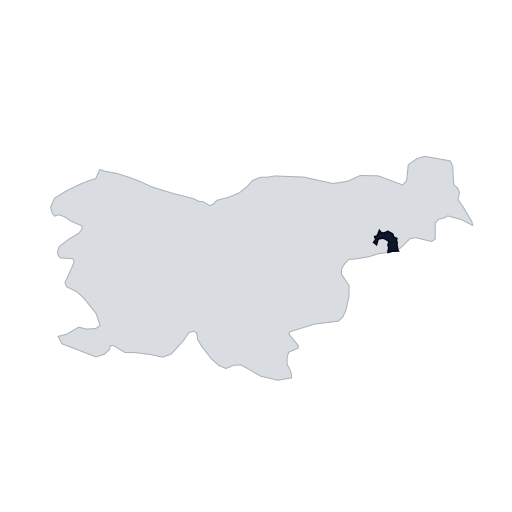 Videm on a map of Slovenia (Natural Earth projection), rotated 8°
{"feature_id": "SVN-222", "entity_name": "Videm", "entity_type": "Municipality", "adm_level": 1, "iso_a3": "SVN", "parent_name": "Slovenia", "parent_adm1": "", "projection": "natural_earth1", "projection_center": [15.9, 46.335], "detail": "fine", "context": "in_parent", "style": "filled", "palette": "ink", "viewbox_px": 512, "rotation_deg": 8, "n_neighbors": 0, "source": "natural_earth", "source_scale": "10m", "svg_char_len": 2563}
<svg xmlns="http://www.w3.org/2000/svg" viewBox="0 0 512 512"><g transform="rotate(8 256 256)"><path d="M466.3,195.6L454.4,191.4L440.2,189.6L437.5,191.9L431.8,194.2L428.9,198.3L431.1,214.4L427.7,217.2L411.5,215.6L406.1,217.4L397.3,228.7L388.3,233.4L376.8,236.8L368.3,240.8L357.5,244.4L348.4,246.5L344.8,251.4L342.6,256.8L343.1,262.1L352.4,272.4L353.7,283.5L352.6,297.0L350.5,304.2L346.8,309.0L323.9,315.2L300.0,326.3L299.5,328.8L310.3,338.7L310.7,341.2L301.7,346.8L300.9,352.4L301.9,358.9L306.6,365.6L308.3,371.6L295.2,376.0L277.5,374.4L256.5,366.0L249.2,367.3L242.0,371.6L234.8,369.7L226.8,364.6L215.5,353.8L210.1,347.2L207.8,340.2L204.8,339.2L200.1,341.2L196.1,349.8L185.6,365.0L177.8,369.2L166.1,368.3L149.7,368.5L139.5,369.8L127.1,364.4L124.0,365.4L124.0,369.0L119.3,374.6L111.6,378.2L76.2,370.0L71.2,363.1L79.3,359.9L90.4,351.1L98.0,352.0L107.3,350.2L111.3,346.4L105.6,335.2L91.0,321.4L83.2,316.2L72.5,312.7L70.6,309.0L76.8,287.2L75.0,284.1L62.8,285.2L59.9,282.9L58.9,279.1L59.8,274.0L68.2,265.5L77.4,258.0L79.9,253.8L79.6,250.5L67.9,247.2L60.8,243.8L55.2,242.6L51.3,244.5L48.5,242.4L45.7,236.1L48.6,226.6L59.3,217.8L70.8,210.0L80.7,204.3L86.4,201.9L89.2,192.1L95.1,193.1L106.8,193.6L119.8,195.8L132.0,198.6L142.7,202.0L165.1,205.6L185.5,207.8L191.7,209.8L196.7,209.7L202.9,212.6L206.6,210.4L209.3,206.4L220.4,201.8L230.7,195.7L237.9,188.0L242.0,181.8L249.1,177.5L256.6,176.3L263.5,174.1L292.4,171.2L322.1,173.5L336.3,169.2L348.0,161.8L365.1,159.7L366.0,159.6L391.5,165.3L393.5,162.0L394.6,160.5L394.1,144.3L402.1,136.9L409.6,133.8L435.1,134.8L438.4,139.8L439.7,147.5L442.0,157.8L446.3,160.7L448.6,164.8L448.2,171.9L453.2,177.3L464.9,191.8L466.3,195.6Z" fill="#d9dde1" stroke="#a8b0b8" stroke-width="1"/><path d="M396.4,231.2L394.8,231.6L390.3,232.3L386.3,234.2L386.0,232.5L386.0,232.2L386.1,231.8L386.3,231.6L386.2,231.1L386.2,230.6L386.3,230.2L386.3,229.7L386.2,229.2L385.7,228.1L385.4,227.6L385.2,227.0L385.1,226.3L385.2,225.7L385.5,225.3L385.6,224.9L385.6,224.1L385.5,223.7L385.2,223.1L384.6,222.6L383.9,222.2L381.6,221.3L381.1,221.0L379.6,220.8L379.1,220.8L378.4,221.0L377.6,221.2L376.6,221.5L376.0,221.6L375.4,221.9L374.7,222.9L374.2,223.8L374.3,224.9L373.8,228.1L370.5,226.1L372.2,223.0L372.0,222.4L371.6,221.9L370.7,220.2L372.9,219.5L373.2,218.3L373.7,217.4L374.6,213.4L377.1,215.6L379.7,215.3L383.3,213.1L384.3,213.6L387.6,214.8L388.5,215.4L388.7,215.8L389.5,217.7L390.7,218.4L393.1,219.0L392.8,221.2L393.3,221.7L393.6,222.4L394.0,223.5L393.9,224.9L395.7,230.4L396.3,231.1L396.4,231.2Z" fill="#0f172a" stroke="#020617" stroke-width="1.5"/></g></svg>